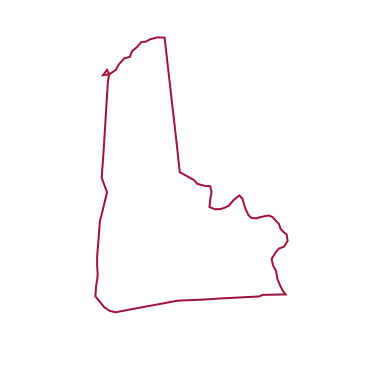 Taquarana, Alagoas, Brazil (Equal Earth projection), rotated 18°
{"feature_id": "56859067B58643827659067", "entity_name": "Taquarana", "entity_type": "district", "adm_level": 2, "iso_a3": "BRA", "parent_name": "Brazil", "parent_adm1": "Alagoas", "projection": "equal_earth", "projection_center": [-36.481, -9.612], "detail": "fine", "context": "isolated", "style": "outline", "palette": "rose", "viewbox_px": 384, "rotation_deg": 18, "n_neighbors": 0, "source": "geoboundaries", "source_scale": "gbopen_adm2", "svg_char_len": 1160}
<svg xmlns="http://www.w3.org/2000/svg" viewBox="0 0 384 384"><g transform="rotate(18 192 192)"><path d="M304.2,253.2L299.9,248.0L296.5,241.4L291.7,236.7L288.4,231.1L290.2,223.6L292.1,219.0L296.3,215.7L298.1,209.1L295.2,203.2L291.0,201.6L287.5,199.6L284.5,195.5L280.5,193.4L276.3,190.9L272.5,190.6L269.1,192.2L265.3,194.5L261.2,197.2L256.5,198.3L252.9,196.6L248.4,192.0L245.0,187.3L242.1,182.8L238.1,180.7L234.2,186.5L231.1,193.9L227.3,197.4L224.0,199.6L219.2,201.3L213.3,200.9L211.7,193.9L210.5,185.7L207.4,180.8L202.8,182.1L198.5,182.4L194.4,182.6L190.2,180.0L174.3,177.0L168.8,164.9L165.2,156.7L118.2,53.6L111.2,55.7L105.0,59.7L101.5,63.4L97.5,64.9L95.0,70.9L91.5,76.7L91.1,82.7L86.3,85.8L83.1,93.0L81.7,99.6L76.8,105.7L78.0,113.4L86.1,144.8L95.4,180.8L101.7,206.4L111.3,218.5L113.1,242.4L113.4,248.0L114.9,254.5L116.8,261.9L121.7,282.7L124.7,291.9L127.5,298.7L128.7,303.4L129.9,311.3L132.4,321.1L144.1,328.7L150.0,330.4L156.3,330.1L169.9,322.6L211.9,299.8L237.6,290.2L253.1,284.0L261.0,281.0L288.1,270.6L291.2,267.9L312.7,260.5L308.2,257.4L304.2,253.2ZM76.8,105.7L73.4,102.1L71.3,108.4L76.8,105.7Z" fill="none" stroke="#9f1239" stroke-width="2"/></g></svg>